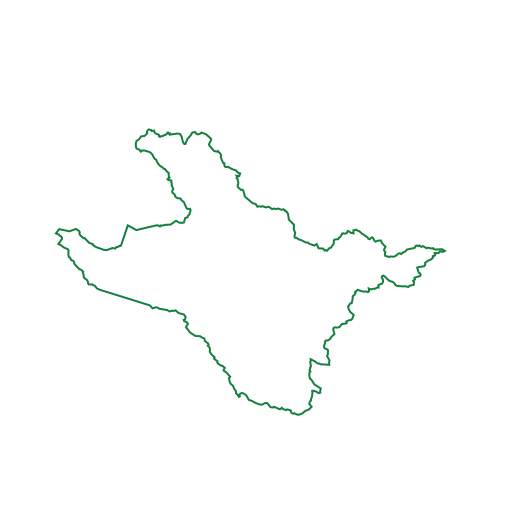 outline of Tauá, Ceará, Brazil, rotated 63°
{"feature_id": "56859067B63965613485254", "entity_name": "Tauá", "entity_type": "district", "adm_level": 2, "iso_a3": "BRA", "parent_name": "Brazil", "parent_adm1": "Ceará", "projection": "orthographic", "projection_center": [-40.274, -5.877], "detail": "fine", "context": "isolated", "style": "outline", "palette": "green", "viewbox_px": 512, "rotation_deg": 63, "n_neighbors": 0, "source": "geoboundaries", "source_scale": "gbopen_adm2", "svg_char_len": 6137}
<svg xmlns="http://www.w3.org/2000/svg" viewBox="0 0 512 512"><g transform="rotate(63 256 256)"><path d="M373.8,335.2L373.7,334.1L372.6,334.0L371.6,332.8L371.6,330.9L372.4,329.9L374.8,328.3L376.2,327.9L381.0,327.7L382.8,325.8L386.7,323.1L390.2,319.9L391.0,318.3L391.3,316.8L391.1,315.3L392.0,312.8L397.2,311.8L398.8,309.5L398.6,308.3L403.5,304.3L403.0,301.8L404.6,301.6L405.6,300.3L406.9,299.5L406.8,297.8L409.4,295.1L410.2,295.6L412.0,295.5L413.4,294.4L413.4,293.4L416.0,291.3L416.8,290.1L417.4,286.0L416.4,282.9L416.8,278.6L415.6,274.9L411.9,275.7L410.0,273.8L409.8,272.7L408.5,272.0L406.7,269.9L403.2,267.6L401.8,267.3L402.1,266.0L404.2,263.9L406.6,262.5L406.9,260.7L405.6,260.3L403.5,258.4L396.9,262.3L391.4,262.8L389.7,263.6L386.5,262.7L384.3,261.4L383.6,260.0L382.4,260.3L380.0,258.3L379.3,257.2L374.9,255.7L374.2,254.6L372.8,254.1L377.0,251.1L379.7,249.9L380.4,248.6L381.8,247.6L386.2,240.1L384.0,239.2L382.5,237.9L377.4,238.1L376.1,236.5L372.5,234.6L371.4,235.0L369.4,236.7L368.1,236.8L366.7,236.0L365.1,234.1L363.6,233.4L363.0,231.7L363.9,230.4L363.6,227.7L362.2,225.3L361.2,221.6L356.3,220.5L355.4,219.5L355.3,218.2L356.7,216.1L357.2,214.2L355.7,210.2L356.9,206.7L356.9,205.6L355.4,205.3L355.4,202.8L356.1,200.2L355.7,198.8L352.9,195.7L348.7,197.4L346.1,197.6L343.0,197.0L341.0,193.5L341.5,192.2L338.3,189.5L335.8,188.1L335.3,185.8L334.2,184.2L333.1,184.2L332.4,180.7L336.4,176.7L337.7,173.8L339.0,172.6L338.7,171.2L336.1,170.3L337.6,169.1L338.1,168.1L338.6,165.8L339.2,164.9L339.1,162.3L339.8,161.1L337.5,160.2L337.8,156.1L336.4,154.4L334.8,153.6L332.0,153.7L331.2,152.7L331.2,151.7L332.3,150.7L338.5,148.6L341.0,146.1L342.6,145.2L345.3,144.9L346.5,144.0L349.7,139.1L350.8,136.6L352.8,134.4L352.2,132.7L353.3,128.6L350.8,127.0L349.5,127.3L349.0,125.0L347.6,124.9L347.4,123.6L348.3,119.0L347.6,117.9L346.0,117.7L344.7,118.6L339.6,117.7L339.6,116.5L341.5,110.8L340.7,109.2L338.8,108.4L338.3,104.7L338.6,102.3L337.9,99.2L336.4,98.5L336.8,97.1L336.6,96.0L334.5,95.5L336.3,92.1L335.4,90.2L337.2,87.4L337.2,85.4L334.4,87.2L331.7,93.2L330.8,94.2L329.4,94.6L329.4,95.6L326.6,99.1L326.6,100.5L323.0,102.7L322.9,104.6L320.7,105.8L320.8,107.1L319.8,107.9L319.5,109.0L320.8,111.0L318.8,118.5L319.8,121.1L319.6,122.5L320.1,125.8L319.0,126.4L318.5,127.7L319.3,131.4L319.1,133.8L317.4,136.6L317.4,137.7L316.3,138.9L314.5,140.8L312.9,140.4L311.0,138.9L309.7,139.3L308.5,139.1L306.5,136.4L302.1,137.8L298.9,137.7L297.7,140.3L297.5,143.0L296.6,143.5L293.9,143.5L292.1,144.0L292.1,145.3L292.7,147.1L291.6,148.1L290.1,148.1L283.3,151.9L280.9,152.6L279.3,154.2L278.0,154.8L277.4,157.6L280.1,158.9L278.1,161.2L276.2,162.0L275.4,163.0L276.9,164.9L276.1,167.3L275.0,168.6L277.5,172.6L277.4,173.7L278.3,175.1L277.0,178.6L277.6,179.6L280.2,181.1L282.6,185.3L282.3,187.1L283.6,190.4L282.4,191.1L282.4,192.2L279.7,193.0L277.6,196.7L272.9,196.5L273.2,199.2L269.2,203.1L267.7,203.5L266.6,205.4L261.9,208.9L260.6,210.5L258.1,211.7L257.6,212.9L256.2,213.0L253.1,210.5L249.6,210.3L245.3,208.0L238.5,210.2L233.2,208.4L230.1,208.6L229.0,209.8L227.8,209.6L226.8,210.4L226.4,212.3L223.8,214.7L223.5,216.3L221.8,218.7L221.6,220.3L218.0,222.3L217.1,225.2L214.4,227.8L214.5,228.9L213.1,230.7L212.7,232.4L209.5,232.7L207.4,235.0L198.2,238.9L191.7,237.6L190.7,238.0L190.1,239.5L186.2,240.9L184.5,240.1L183.6,239.0L182.4,238.4L179.0,237.5L177.7,237.9L177.3,236.9L175.7,236.9L177.2,234.6L175.2,232.6L173.9,234.1L170.2,235.2L168.2,237.5L163.9,240.5L162.7,242.9L161.1,243.1L158.9,242.1L158.3,243.0L155.0,242.9L151.5,242.3L150.5,241.3L147.8,241.5L146.4,242.2L145.2,242.2L145.3,243.5L143.3,245.7L136.6,247.4L135.2,247.3L132.4,243.6L131.2,242.8L124.9,245.2L121.2,248.6L121.7,249.8L121.3,252.5L120.4,253.5L117.8,254.1L117.1,256.7L118.9,259.5L120.5,263.8L124.1,268.1L123.5,269.1L121.0,269.3L115.9,268.1L112.9,268.2L111.2,270.4L108.8,277.6L107.5,277.2L107.3,278.5L106.0,278.5L107.0,281.5L106.6,283.2L106.9,284.8L106.1,286.0L106.3,287.5L105.2,288.0L104.0,287.5L101.0,290.0L99.5,290.3L98.0,289.9L97.2,292.3L96.0,292.3L94.6,294.0L94.8,295.3L95.7,296.7L97.2,297.2L98.2,299.8L98.4,300.8L97.3,304.0L99.0,307.4L99.3,310.3L101.3,312.1L104.5,313.5L106.1,313.6L108.3,311.7L110.7,311.2L110.1,310.0L110.9,308.4L112.0,306.7L115.6,303.2L118.6,302.3L123.3,302.3L124.8,301.2L128.0,301.5L132.0,300.7L134.7,299.0L136.3,298.6L137.4,297.6L139.9,297.2L142.4,296.1L145.4,297.6L146.9,297.4L147.3,299.9L148.4,299.7L150.3,297.2L151.9,298.1L153.2,298.1L154.6,299.1L158.7,299.2L160.0,301.2L161.4,301.7L164.3,300.6L166.6,300.9L168.8,299.6L170.7,297.1L172.4,297.1L175.2,295.8L181.7,296.2L183.0,295.6L184.0,293.3L185.4,293.4L188.5,296.3L189.2,298.1L190.4,299.4L190.0,301.7L193.4,305.1L192.9,306.9L191.5,309.2L188.3,311.3L189.2,317.9L186.9,323.1L186.4,325.8L185.6,326.8L186.1,328.2L184.6,328.9L183.4,331.0L178.6,350.8L170.5,356.3L185.6,371.7L184.9,373.1L185.3,374.3L184.7,376.8L185.5,378.0L183.7,380.3L183.0,386.3L181.3,388.9L175.5,394.4L172.4,396.2L171.4,396.0L168.5,398.7L162.1,400.6L161.9,401.6L158.3,403.0L156.5,403.3L155.4,403.0L154.8,402.2L153.4,402.3L150.1,404.2L149.3,411.0L142.7,419.2L145.1,424.0L147.4,421.9L148.7,421.7L150.0,420.8L151.4,420.6L152.7,421.1L155.6,426.6L157.6,425.0L161.2,423.3L164.6,420.5L165.9,420.5L169.5,422.5L171.9,423.2L173.0,422.5L176.1,422.4L177.2,421.1L178.4,420.9L180.4,421.4L187.4,419.5L188.7,418.1L191.6,417.1L192.2,417.9L194.5,418.1L196.4,419.0L197.9,418.9L200.5,417.5L203.1,417.5L204.2,418.1L205.6,417.8L206.8,414.8L208.2,414.4L209.0,413.2L212.6,412.5L215.1,410.6L251.8,373.0L255.7,371.9L256.1,368.9L257.1,367.3L259.3,365.9L263.8,359.7L266.1,358.3L266.6,355.6L267.4,354.8L267.9,352.4L271.8,350.8L275.2,346.9L278.3,346.3L280.1,347.9L280.1,349.4L281.4,349.6L283.1,347.9L285.5,347.4L287.6,350.7L294.3,349.5L299.7,346.3L302.1,342.2L304.6,340.9L305.2,339.9L306.4,339.5L308.5,340.1L312.4,338.3L313.5,338.5L314.0,339.7L316.6,338.9L318.3,339.4L320.4,340.7L323.0,340.4L327.6,338.9L328.5,340.0L332.4,338.1L333.5,338.9L334.6,338.7L337.6,337.1L338.7,335.7L341.5,334.6L343.0,336.8L344.1,336.6L346.0,335.3L351.9,333.8L352.6,335.6L356.4,336.6L358.3,336.6L361.2,335.4L364.5,335.8L367.3,335.2L369.3,336.1L371.3,335.3L373.8,335.2Z" fill="none" stroke="#15803d" stroke-width="2"/></g></svg>